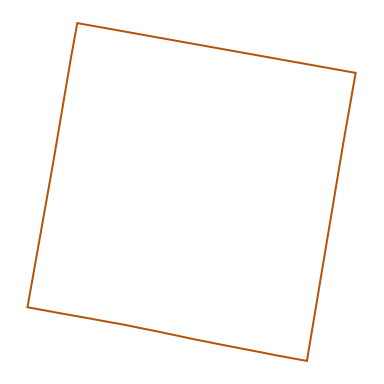 Green, Wisconsin, United States of America, rotated 10°
{"feature_id": "52423323B77847893272350", "entity_name": "Green", "entity_type": "district", "adm_level": 2, "iso_a3": "USA", "parent_name": "United States of America", "parent_adm1": "Wisconsin", "projection": "mercator", "projection_center": [-89.585, 42.679], "detail": "fine", "context": "isolated", "style": "outline", "palette": "amber", "viewbox_px": 384, "rotation_deg": 10, "n_neighbors": 0, "source": "geoboundaries", "source_scale": "gbopen_adm2", "svg_char_len": 584}
<svg xmlns="http://www.w3.org/2000/svg" viewBox="0 0 384 384"><g transform="rotate(10 192 192)"><path d="M334.5,338.4L332.5,117.2L332.5,55.7L332.5,46.3L49.7,45.6L49.5,81.4L50.2,188.6L50.0,334.1L71.5,334.2L72.9,334.2L76.3,334.2L84.6,334.3L91.0,334.3L107.4,334.3L136.9,334.5L139.0,334.4L152.5,334.6L162.9,334.9L166.6,335.0L185.2,335.4L191.1,335.7L192.4,335.7L193.3,335.7L196.4,335.8L214.7,336.5L240.0,337.1L257.6,337.4L258.0,337.4L263.0,337.5L298.7,338.1L299.4,338.0L300.2,338.1L301.2,338.2L313.0,338.3L334.3,338.4L334.5,338.4Z" fill="none" stroke="#b45309" stroke-width="2"/></g></svg>